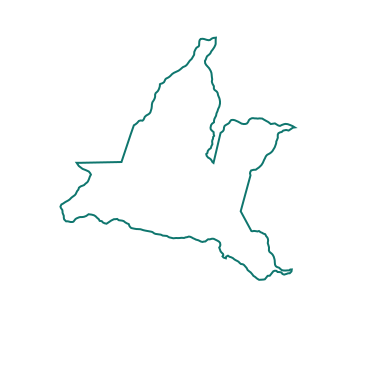 the district of Serra Nova Dourada, Mato Grosso, Brazil, rotated 326°
{"feature_id": "56859067B93174038170819", "entity_name": "Serra Nova Dourada", "entity_type": "district", "adm_level": 2, "iso_a3": "BRA", "parent_name": "Brazil", "parent_adm1": "Mato Grosso", "projection": "orthographic", "projection_center": [-51.334, -12.07], "detail": "fine", "context": "isolated", "style": "outline", "palette": "teal", "viewbox_px": 384, "rotation_deg": 326, "n_neighbors": 0, "source": "geoboundaries", "source_scale": "gbopen_adm2", "svg_char_len": 5169}
<svg xmlns="http://www.w3.org/2000/svg" viewBox="0 0 384 384"><g transform="rotate(326 192 192)"><path d="M71.2,145.9L72.6,146.8L74.5,148.9L75.9,149.9L77.1,150.3L80.2,149.3L81.5,149.3L84.0,149.8L85.2,150.2L87.2,151.5L88.7,152.2L90.8,152.7L92.3,152.7L93.8,152.6L96.0,154.5L96.9,155.5L97.8,156.6L98.5,158.2L98.8,159.9L99.5,162.5L99.3,164.3L100.9,165.7L101.1,167.4L102.0,169.0L103.4,170.5L105.1,170.5L109.1,170.5L112.1,170.9L113.1,171.6L114.9,172.5L115.5,174.4L118.0,176.6L119.1,177.9L119.5,179.4L120.4,181.4L121.6,183.2L121.1,185.4L121.2,186.7L121.5,187.9L123.6,190.1L125.3,191.7L127.1,193.0L128.5,194.1L130.3,196.4L131.8,198.0L135.9,202.0L136.8,203.1L137.6,205.3L138.4,206.4L140.4,208.2L142.3,209.9L143.4,211.8L145.4,213.4L146.6,214.4L147.7,216.8L149.5,218.7L150.6,219.9L153.0,221.2L154.7,222.4L156.1,223.3L157.5,224.0L159.8,225.7L161.2,226.0L162.7,226.7L164.5,227.2L165.6,228.3L166.5,229.8L167.0,230.9L167.9,232.3L168.6,233.6L170.3,235.6L171.7,238.1L172.8,239.3L174.0,239.7L175.5,240.5L177.0,240.3L178.9,240.2L180.3,241.2L182.4,241.9L183.8,242.9L186.0,246.8L186.7,248.4L186.8,249.9L185.9,251.8L184.8,252.7L183.5,253.3L182.5,257.3L182.7,258.9L183.1,260.6L182.7,261.8L181.3,262.4L181.5,264.0L183.0,265.9L184.2,264.7L186.2,264.9L186.9,266.7L187.9,267.9L188.9,269.6L189.4,271.4L190.0,272.8L190.8,274.2L191.6,275.8L191.8,277.3L192.3,279.0L193.7,280.3L194.3,281.6L194.5,283.2L194.8,285.6L194.5,287.8L195.1,289.8L195.7,291.5L196.0,294.3L196.0,295.8L196.8,297.6L197.5,300.1L198.5,302.3L200.3,303.4L202.4,304.6L203.6,305.1L205.3,304.6L207.8,303.8L209.7,304.9L215.1,303.2L216.7,303.6L217.9,304.6L218.2,306.2L219.8,307.3L221.1,308.7L221.2,310.6L222.2,312.0L224.7,312.8L226.1,313.1L227.6,314.0L230.0,313.5L231.4,312.0L230.1,311.2L228.6,311.3L227.2,310.3L225.4,309.3L223.7,308.0L222.8,307.0L222.3,305.5L221.9,303.6L220.4,301.5L220.0,300.3L220.2,298.7L221.2,296.8L222.4,294.8L222.9,293.5L223.6,291.3L223.8,289.0L223.6,287.7L222.8,285.1L223.0,283.6L224.9,280.9L225.7,278.5L226.2,276.8L228.1,274.6L228.7,273.3L229.0,271.9L228.8,270.1L229.1,268.0L227.9,266.4L227.4,265.2L226.4,263.7L225.7,261.8L224.2,261.3L223.2,260.3L221.6,258.9L220.3,258.4L219.4,257.6L221.6,235.2L249.8,210.9L250.5,209.0L251.5,208.0L253.1,207.2L255.6,208.1L257.3,209.2L259.3,209.1L261.1,209.1L262.4,208.9L264.6,208.5L267.1,207.4L269.9,205.6L271.3,204.9L272.5,204.1L273.8,203.5L275.2,203.2L277.9,203.5L280.0,203.4L281.7,203.0L285.6,201.2L288.9,198.8L290.2,197.2L291.4,196.5L293.5,195.0L294.2,193.8L295.3,192.3L296.6,191.6L298.4,191.8L299.9,192.4L302.0,192.1L304.7,193.2L306.5,195.1L309.1,195.1L311.7,195.1L313.3,195.9L312.3,193.7L310.9,191.5L309.3,189.3L307.7,187.9L306.4,187.3L304.1,186.7L301.9,186.4L300.8,185.2L299.9,183.3L299.1,181.5L297.2,180.6L295.3,179.7L294.4,176.7L293.3,174.6L292.0,172.0L291.3,170.4L289.1,168.7L287.5,167.9L286.5,167.0L285.1,166.0L283.9,164.9L282.8,164.3L281.0,164.0L279.2,164.3L278.0,165.2L276.0,165.9L274.6,165.6L272.9,164.6L271.3,163.0L270.7,161.7L269.5,159.4L267.6,156.4L266.3,155.1L264.8,154.3L263.1,154.7L261.6,155.5L259.9,155.6L258.0,155.4L256.1,155.4L254.6,156.4L253.6,157.7L252.6,158.5L251.5,158.9L248.7,159.0L226.1,179.9L225.7,178.7L225.9,176.9L225.8,175.3L225.3,173.8L224.6,172.5L224.4,170.2L225.0,168.5L226.5,168.3L228.1,166.8L229.9,166.2L232.0,166.2L233.9,164.7L235.6,163.8L237.0,161.3L238.0,160.3L239.2,159.6L240.3,158.2L241.8,157.8L242.2,156.4L243.4,154.5L242.9,152.6L242.6,150.6L243.2,149.2L245.1,147.3L246.8,146.6L249.2,146.5L250.1,145.2L251.5,143.9L254.6,142.2L256.3,140.5L258.4,139.2L259.7,138.1L260.8,137.4L262.4,136.5L264.6,134.4L265.9,132.5L266.8,130.5L267.2,129.2L267.4,128.0L267.8,126.2L268.6,124.3L268.7,122.7L268.2,121.1L267.8,120.0L267.9,118.6L269.3,116.5L269.5,113.7L270.1,111.7L270.9,110.8L271.8,109.8L272.7,107.9L273.9,105.7L274.7,104.1L275.2,102.0L275.4,99.0L275.1,96.8L274.8,94.7L274.9,92.7L276.0,90.6L277.6,89.8L279.2,88.6L280.4,87.9L283.5,87.6L284.7,87.3L286.6,86.2L288.8,85.5L291.3,84.5L293.4,83.3L294.4,82.5L297.0,78.7L298.1,77.4L295.8,76.2L294.3,75.9L291.8,76.0L290.6,75.4L289.2,74.0L287.7,72.1L286.6,71.0L284.8,70.0L283.5,70.3L282.4,71.1L281.0,72.9L280.1,74.2L279.0,75.0L276.4,74.9L274.6,75.7L272.3,77.1L270.5,79.4L266.1,81.5L264.8,81.7L263.6,81.9L259.1,83.6L257.1,83.9L254.2,83.4L250.9,83.8L248.7,83.9L243.7,83.1L241.6,83.1L239.2,83.6L237.8,83.8L236.2,83.8L234.1,83.5L232.9,83.7L231.3,84.7L230.2,85.3L228.2,85.3L227.0,84.9L225.7,84.7L224.4,86.4L222.4,88.0L221.4,88.6L220.2,89.2L218.7,89.5L217.2,89.7L215.9,90.6L214.7,92.4L213.3,93.6L211.7,94.5L209.3,95.5L207.7,97.0L206.6,98.5L205.1,100.2L202.1,102.6L200.8,103.1L199.3,103.2L197.0,103.0L194.9,103.3L193.5,104.2L192.4,104.9L190.9,105.2L189.3,103.9L187.7,103.4L185.1,104.1L183.0,104.3L181.1,104.2L173.7,109.7L150.3,127.7L116.9,106.1L112.7,103.3L112.7,107.1L114.2,111.6L116.2,114.5L117.9,117.3L118.1,119.6L117.9,121.1L116.1,122.0L113.5,123.9L111.5,125.1L110.3,125.4L108.6,125.5L106.3,125.9L102.8,125.1L100.7,125.2L99.1,126.5L97.3,127.0L94.4,128.7L93.0,129.1L90.0,129.2L88.8,129.3L86.3,129.8L84.5,129.8L81.5,129.5L78.4,129.5L76.8,129.3L74.8,130.5L74.4,131.8L74.4,134.5L73.8,135.7L73.1,136.8L72.8,138.0L72.4,140.0L71.3,141.7L70.7,143.3L71.2,145.9Z" fill="none" stroke="#0f766e" stroke-width="2"/></g></svg>